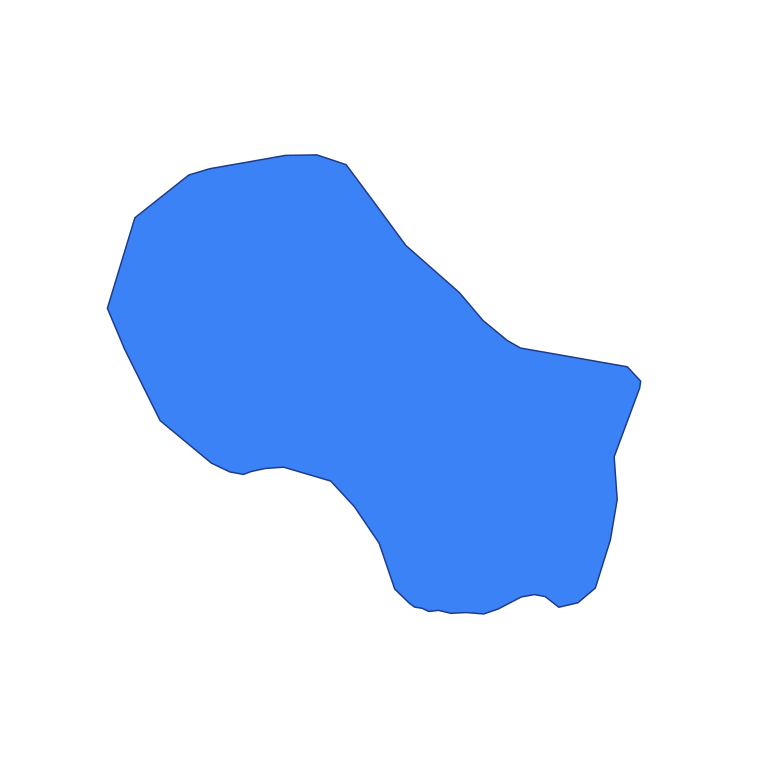 outline of Semic, rotated 45°
{"feature_id": "SVN-984", "entity_name": "Semic", "entity_type": "Municipality", "adm_level": 1, "iso_a3": "SVN", "parent_name": "Slovenia", "parent_adm1": "", "projection": "orthographic", "projection_center": [15.185, 45.649], "detail": "fine", "context": "isolated", "style": "filled", "palette": "blue", "viewbox_px": 768, "rotation_deg": 45, "n_neighbors": 0, "source": "natural_earth", "source_scale": "10m", "svg_char_len": 732}
<svg xmlns="http://www.w3.org/2000/svg" viewBox="0 0 768 768"><g transform="rotate(45 384 384)"><path d="M409.2,269.1L440.3,266.1L455.0,262.1L543.9,199.8L563.5,200.5L567.6,206.0L598.2,272.7L630.7,300.9L654.4,334.3L677.7,378.8L675.8,401.6L665.5,418.2L648.2,420.4L639.3,426.5L631.6,437.6L623.9,462.2L617.2,476.0L603.6,487.6L593.3,499.0L582.6,505.5L576.6,513.1L569.6,515.6L563.4,520.1L557.3,521.1L536.6,521.4L493.1,500.0L449.9,491.7L415.0,490.3L371.8,513.8L359.6,527.9L351.9,539.9L348.6,547.3L337.1,555.2L317.9,562.0L251.6,568.2L176.0,542.8L134.9,526.1L90.3,442.6L98.2,374.2L108.6,354.9L152.6,292.1L174.5,269.5L202.2,255.7L245.7,262.1L301.5,270.6L372.7,266.1L409.2,269.1Z" fill="#3b82f6" stroke="#1e3a8a" stroke-width="1.5"/></g></svg>